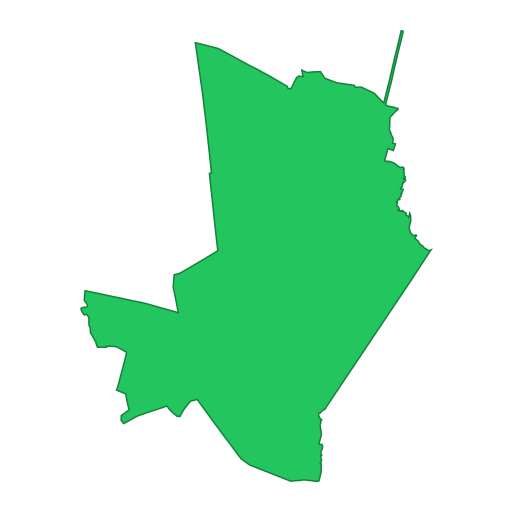 Aizkraukle, Aizkraukles, Latvia (Mercator projection)
{"feature_id": "27541924B59656090985212", "entity_name": "Aizkraukle", "entity_type": "district", "adm_level": 2, "iso_a3": "LVA", "parent_name": "Latvia", "parent_adm1": "Aizkraukles", "projection": "mercator", "projection_center": [25.251, 56.596], "detail": "fine", "context": "isolated", "style": "filled", "palette": "green", "viewbox_px": 512, "rotation_deg": 0, "n_neighbors": 0, "source": "geoboundaries", "source_scale": "gbopen_adm2", "svg_char_len": 5899}
<svg xmlns="http://www.w3.org/2000/svg" viewBox="0 0 512 512"><path d="M410.5,281.2L424.4,259.9L431.0,249.9L430.5,250.1L429.8,250.6L427.7,250.1L426.8,249.3L426.3,249.1L424.6,248.3L424.3,247.8L423.2,247.0L422.9,246.2L421.9,245.3L421.1,245.2L419.6,243.5L419.1,242.8L418.4,241.4L417.6,240.5L416.5,239.7L415.2,238.6L415.2,237.5L415.6,236.8L416.2,236.3L416.4,235.4L416.0,234.9L413.9,235.7L413.1,235.3L411.5,233.8L410.3,232.4L409.9,230.6L409.3,228.6L409.2,227.4L409.5,225.9L409.9,224.2L410.6,221.8L410.9,220.4L410.6,218.1L410.7,217.0L410.3,214.8L409.7,213.3L408.8,217.3L407.9,216.2L405.6,214.7L406.0,213.8L406.1,213.1L405.9,212.9L405.2,212.8L404.8,212.6L404.3,211.8L403.8,211.6L402.5,210.6L402.1,210.4L401.8,210.5L401.7,210.8L401.7,211.4L401.0,211.3L400.5,211.1L399.8,210.9L399.7,210.6L399.6,210.3L399.4,210.3L398.9,210.5L398.5,210.4L398.3,210.4L398.3,209.6L398.5,209.6L398.8,209.7L399.1,209.6L399.2,209.1L399.0,208.5L398.8,207.6L398.5,207.4L398.1,207.1L398.1,206.8L397.8,206.4L397.2,206.3L397.0,206.2L396.8,205.6L396.8,205.3L396.9,203.9L397.1,203.8L397.4,203.5L397.2,202.5L396.8,202.5L396.6,202.4L396.4,202.0L396.7,201.8L397.0,201.5L397.4,201.1L397.6,200.7L397.5,200.4L397.6,200.1L397.9,199.5L398.3,199.4L398.5,199.7L398.9,199.8L399.0,199.6L399.6,199.4L399.8,199.3L399.9,199.1L399.8,198.9L399.7,198.4L399.7,198.0L399.6,197.7L399.7,197.2L400.1,196.9L400.4,196.9L400.6,196.8L400.6,196.7L401.0,196.1L401.3,195.6L401.4,195.2L401.4,194.9L401.2,194.5L401.0,194.2L400.9,193.8L401.3,193.4L401.9,193.3L402.0,192.3L402.1,191.5L402.7,191.0L403.2,189.5L402.7,189.1L400.5,188.6L402.2,186.6L402.3,184.7L402.7,184.8L402.9,184.9L402.6,184.5L402.7,183.9L402.6,183.0L402.8,182.5L403.0,182.4L403.6,182.7L404.0,182.3L404.4,182.0L404.7,181.5L405.3,180.7L405.6,179.9L405.3,179.2L404.9,178.7L404.6,178.6L404.5,178.9L404.1,179.2L403.7,179.3L403.6,179.1L403.5,178.5L403.6,178.3L404.4,177.6L404.9,177.6L405.3,177.6L405.4,177.3L405.0,176.6L404.6,176.4L404.5,176.2L404.3,175.8L404.1,175.2L404.1,174.6L404.2,174.2L404.1,173.9L403.8,170.8L403.8,170.1L403.5,169.5L404.2,169.2L403.6,168.2L403.6,167.5L403.1,167.2L400.0,167.3L398.1,166.3L396.5,164.8L395.4,164.0L395.1,163.7L393.3,162.8L390.6,161.7L387.5,161.2L387.3,161.6L384.6,160.7L384.8,160.0L385.8,156.4L388.0,148.6L392.7,150.3L393.3,150.6L395.0,145.4L395.5,143.9L392.7,143.2L393.0,140.1L392.8,140.1L393.1,138.4L392.0,136.1L390.3,132.4L390.6,132.4L389.4,129.7L389.4,129.3L389.7,125.5L389.9,117.4L394.6,112.4L398.1,109.2L397.8,108.3L397.0,108.6L394.6,107.4L392.0,106.9L388.3,106.2L385.6,105.0L386.0,102.8L388.0,95.0L388.6,92.6L389.3,89.6L389.7,88.1L391.3,82.0L391.6,80.6L394.0,69.8L395.7,62.8L397.6,54.6L399.6,46.5L403.2,31.6L403.2,31.3L401.2,30.7L400.1,35.2L396.7,49.7L395.6,53.8L395.0,56.2L394.8,57.4L394.0,60.7L393.2,63.9L392.6,66.7L392.0,68.9L392.0,69.2L391.1,72.8L390.3,76.1L389.8,78.9L385.5,95.9L384.0,102.2L383.9,102.8L383.2,102.5L382.7,102.1L374.2,93.2L361.3,87.1L354.9,87.3L354.5,85.4L345.9,84.1L339.7,83.2L337.0,82.8L334.0,81.7L325.0,78.4L324.9,78.3L320.5,71.7L320.4,71.6L311.7,72.0L310.9,72.1L309.8,72.2L309.5,72.3L307.0,72.4L306.8,72.4L306.5,72.3L301.8,70.1L303.0,76.5L298.5,76.2L296.6,77.6L291.0,88.6L288.1,88.5L287.1,86.2L269.7,76.1L256.4,68.9L248.6,65.0L244.8,62.9L239.6,60.0L220.2,49.5L217.9,48.4L212.7,47.1L203.1,44.6L197.1,43.1L195.3,42.7L197.4,57.0L197.7,59.3L198.0,61.6L198.5,65.2L198.8,67.4L199.1,69.4L199.7,73.3L200.3,77.9L200.7,80.7L201.3,84.9L202.2,91.1L202.5,93.2L206.7,128.4L208.1,141.6L209.4,153.2L209.5,154.4L211.5,173.1L209.4,173.3L210.1,180.3L211.6,194.3L212.4,201.3L212.7,204.0L213.6,212.7L215.2,227.8L215.5,230.4L216.5,239.6L217.8,250.8L204.0,259.1L193.8,265.1L179.6,273.4L174.2,274.7L173.2,287.0L175.6,298.6L178.3,312.7L145.8,303.5L85.1,290.7L84.2,300.3L86.5,303.4L87.0,304.3L87.6,306.0L87.3,306.5L86.9,307.1L86.4,307.2L84.6,307.2L83.0,307.5L82.0,307.6L81.0,308.7L81.1,309.5L81.9,311.6L83.2,313.8L83.8,314.4L84.6,314.9L86.3,314.3L87.7,315.6L88.3,316.5L88.8,317.8L89.0,319.0L88.9,319.8L89.0,320.3L88.8,321.5L89.0,324.5L89.1,325.7L90.4,328.4L90.2,330.0L90.3,331.3L90.6,333.1L91.2,334.1L92.0,335.1L92.1,335.5L92.3,335.8L92.7,336.6L93.0,337.2L94.2,339.2L95.0,340.6L95.9,342.5L96.1,343.2L96.3,344.3L96.7,345.3L96.9,345.7L97.0,346.0L97.1,346.3L97.3,346.8L97.5,347.3L97.8,347.3L101.4,347.0L101.7,347.3L106.2,347.2L106.5,347.2L106.5,346.6L106.5,346.4L108.6,346.3L110.4,346.2L111.0,346.2L114.3,346.5L116.5,346.8L126.1,351.9L126.5,353.5L126.0,355.4L125.5,357.3L125.1,359.1L122.7,368.2L121.7,371.9L121.2,373.7L120.8,375.5L120.3,377.3L119.3,381.0L118.3,385.0L116.6,390.2L125.7,393.9L127.6,404.0L129.1,409.8L125.4,412.5L121.3,415.5L121.2,417.1L121.2,417.9L121.1,419.5L121.1,420.3L123.7,423.6L127.6,421.4L137.3,416.1L149.6,411.8L150.9,411.4L152.2,411.0L153.4,410.6L154.7,410.1L155.9,409.7L156.2,409.7L157.3,409.3L157.6,409.2L158.5,408.9L159.1,408.7L159.8,408.5L160.6,408.2L161.1,408.0L162.5,407.6L163.1,407.4L163.8,407.2L164.1,407.0L165.6,406.5L167.0,406.0L168.3,407.8L168.8,408.6L172.0,412.1L176.6,415.8L177.1,416.5L179.5,416.3L180.0,416.5L180.9,414.6L181.8,413.0L182.9,411.1L184.2,409.1L186.3,406.2L190.5,401.2L197.2,399.5L204.6,409.6L212.5,420.5L220.9,431.8L222.2,433.6L222.5,434.0L226.8,439.7L234.5,450.0L235.9,451.9L239.1,456.2L240.7,458.3L241.0,458.7L245.0,461.6L247.4,463.4L249.3,464.8L249.5,464.9L272.7,474.1L290.5,481.1L301.2,480.3L303.3,479.9L305.2,480.0L310.2,480.5L314.1,481.1L316.2,481.3L317.9,481.2L319.1,480.8L321.2,471.6L321.2,470.8L321.1,463.2L320.4,462.8L320.1,462.6L320.7,462.2L321.6,460.6L321.1,458.7L320.5,456.7L321.8,455.3L320.9,453.5L320.7,453.1L320.9,451.7L322.4,448.4L322.6,445.9L322.1,444.6L319.0,444.0L319.6,441.5L320.0,440.0L320.7,437.5L321.0,436.4L321.4,434.9L321.3,433.8L321.3,433.5L321.1,430.8L320.4,428.7L320.3,425.7L320.1,423.8L320.8,423.1L320.9,420.8L321.8,419.9L320.1,418.4L318.7,416.0L318.8,413.0L320.5,412.8L322.4,410.5L323.7,409.8L325.4,408.9L325.2,408.6L410.5,281.2Z" fill="#22c55e" stroke="#15803d" stroke-width="1.5"/></svg>